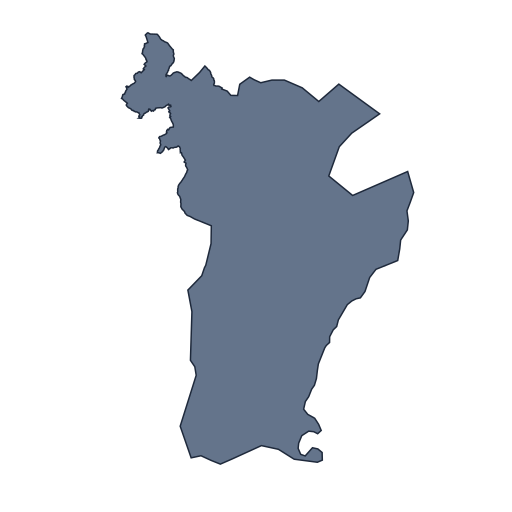 Ona Ara, Oyo, Nigeria (Robinson projection), rotated 6°
{"feature_id": "59680162B85361781814064", "entity_name": "Ona Ara", "entity_type": "district", "adm_level": 2, "iso_a3": "NGA", "parent_name": "Nigeria", "parent_adm1": "Oyo", "projection": "robinson", "projection_center": [3.959, 7.252], "detail": "fine", "context": "isolated", "style": "filled", "palette": "slate", "viewbox_px": 512, "rotation_deg": 6, "n_neighbors": 0, "source": "geoboundaries", "source_scale": "gbopen_adm2", "svg_char_len": 5973}
<svg xmlns="http://www.w3.org/2000/svg" viewBox="0 0 512 512"><g transform="rotate(6 256 256)"><path d="M398.0,156.1L345.8,185.7L320.0,168.8L327.4,138.6L338.4,123.8L364.1,101.7L320.4,76.4L302.3,95.8L284.4,83.9L265.9,78.1L253.4,79.4L242.6,83.2L235.7,80.9L231.0,78.8L221.9,86.9L220.9,98.3L214.2,98.9L210.1,95.0L204.5,93.5L204.8,92.5L201.4,91.0L200.0,91.0L198.2,91.2L197.0,90.7L196.4,90.8L196.0,90.0L196.3,88.9L196.6,88.3L196.4,87.5L196.4,86.6L196.2,86.1L196.1,85.8L195.5,85.3L195.6,85.0L195.4,84.1L194.8,83.4L193.5,82.6L193.2,82.0L193.0,81.0L191.9,79.4L191.8,78.5L191.4,77.7L190.3,76.3L189.8,76.0L189.2,75.9L187.1,73.8L185.3,72.4L180.7,79.4L173.3,88.2L171.7,87.3L170.4,86.7L169.0,85.8L168.1,85.6L167.3,85.7L167.0,85.6L166.2,84.8L165.1,84.4L163.9,83.3L163.5,83.1L163.2,82.6L162.3,82.1L161.8,81.9L161.3,81.8L160.8,81.5L159.9,81.5L159.6,81.2L158.1,81.1L157.4,81.3L156.9,81.7L156.2,81.8L155.9,82.0L154.6,82.7L153.7,84.0L153.2,84.5L152.9,85.0L152.3,85.4L151.9,85.8L151.0,86.0L149.1,85.4L148.5,86.0L148.2,86.5L147.9,86.9L147.7,86.7L147.6,85.8L147.6,84.9L148.9,82.3L149.1,81.1L149.6,80.5L149.5,79.5L149.9,78.6L150.2,76.8L150.4,76.7L150.5,76.2L151.0,75.8L151.3,75.8L151.5,75.5L152.4,73.9L152.8,73.0L153.2,72.9L153.4,72.6L154.0,71.2L153.8,70.5L154.1,70.0L154.1,67.9L153.4,67.0L153.0,66.0L152.8,64.9L153.2,64.1L153.1,63.2L152.8,62.5L152.5,62.1L152.5,61.5L152.2,60.7L152.3,59.8L152.2,59.6L151.2,59.0L148.1,56.0L145.9,53.5L145.1,53.1L142.5,52.4L141.5,51.7L140.0,51.3L139.5,50.8L138.6,50.4L137.2,48.4L135.3,46.4L134.5,45.8L127.6,46.3L125.2,45.3L124.3,45.9L123.7,46.8L123.0,47.4L122.8,47.9L123.7,49.2L125.2,52.6L126.2,55.0L125.4,55.3L125.0,55.8L123.0,56.6L122.9,56.9L123.2,57.4L122.9,58.8L123.3,59.5L122.9,60.2L122.7,61.0L122.0,62.0L122.0,62.6L121.8,63.9L121.9,65.4L121.6,66.0L121.5,66.7L122.2,67.0L125.3,70.3L125.7,71.0L126.1,72.2L126.4,72.1L127.1,73.6L127.3,74.2L125.7,75.6L124.7,77.1L126.0,78.1L126.3,78.1L126.6,78.6L125.8,79.4L125.2,80.1L124.3,81.7L125.4,82.3L122.6,85.8L121.6,85.2L121.2,84.8L120.6,85.1L119.8,85.3L118.8,86.7L118.5,86.7L117.3,87.1L116.8,88.2L115.9,89.2L115.8,89.8L116.1,90.7L116.0,91.3L116.4,92.0L116.4,92.8L116.9,93.6L117.5,93.9L118.0,94.9L118.0,95.2L116.9,96.9L115.0,98.0L114.4,98.7L113.8,98.9L113.0,100.0L111.4,101.5L111.0,100.9L110.4,101.4L109.8,100.5L109.0,101.2L110.3,103.5L109.0,105.9L109.0,106.0L109.1,106.3L109.1,106.7L108.4,107.9L108.4,108.7L107.2,109.1L106.9,109.5L106.7,109.5L106.3,111.9L105.8,113.4L106.8,113.7L108.1,114.9L112.1,117.5L111.3,118.9L111.2,119.5L112.0,120.5L113.6,121.8L116.1,122.7L117.2,123.9L118.0,124.2L118.3,124.0L118.7,124.1L119.2,124.3L119.7,124.9L120.0,124.8L121.2,125.3L121.7,125.1L123.1,125.4L124.4,126.1L124.6,125.9L125.7,127.8L125.1,128.5L124.9,129.2L124.9,129.4L125.4,129.5L125.5,129.7L125.3,130.2L125.4,130.8L125.0,131.1L126.8,131.1L127.2,130.9L127.8,130.9L127.9,130.7L128.0,130.1L127.8,129.6L128.1,129.5L128.7,128.2L129.5,127.6L129.5,126.8L130.0,125.9L131.1,125.4L132.2,124.2L133.0,124.0L133.8,123.3L133.8,122.4L134.0,122.2L134.4,122.0L134.4,121.9L133.9,121.5L134.1,121.0L135.1,121.1L135.6,121.5L136.5,122.7L136.8,122.9L137.0,122.6L137.7,122.2L138.6,122.6L138.9,122.6L139.6,121.3L140.5,121.0L140.5,120.5L140.7,120.3L140.7,119.6L142.4,119.0L145.3,118.5L145.9,118.4L146.5,118.6L147.4,118.5L149.9,117.1L151.1,115.6L152.1,115.1L153.1,114.1L153.4,114.3L153.7,115.2L155.3,114.9L155.8,116.3L155.3,116.6L153.9,116.9L153.1,117.7L153.0,117.9L155.0,120.6L154.2,121.6L154.7,122.3L155.1,122.0L155.4,122.4L156.2,123.2L156.2,123.4L155.9,123.8L155.7,124.5L155.7,125.6L156.0,125.7L156.6,126.2L156.4,126.6L155.7,127.1L156.9,128.5L157.6,130.1L159.6,133.1L160.1,134.3L160.3,136.4L157.3,137.1L156.7,137.8L155.9,139.7L155.6,139.6L155.1,139.2L154.3,140.2L154.1,140.5L154.1,141.6L153.9,142.1L154.5,142.6L154.4,143.1L154.0,143.7L152.2,145.1L151.3,145.4L149.0,147.0L147.7,147.3L147.2,148.2L147.0,148.6L147.3,149.1L147.7,149.2L148.0,149.6L148.3,150.7L148.9,151.2L149.0,151.8L148.9,152.3L148.8,153.3L149.0,154.2L149.5,154.8L149.6,155.2L149.6,155.6L149.0,156.9L149.0,157.2L148.7,158.5L148.0,159.8L147.7,160.9L147.3,161.3L147.1,161.8L147.1,163.6L147.6,163.4L148.7,163.6L149.1,163.6L150.2,163.9L152.2,161.9L152.8,160.6L153.2,160.2L153.3,159.5L153.8,157.5L154.1,157.1L154.7,156.6L155.0,156.7L156.6,157.8L157.9,159.3L158.2,159.1L158.1,158.6L158.6,158.3L159.1,158.3L159.9,157.3L161.5,157.1L162.2,157.3L163.2,156.6L164.9,156.2L165.2,156.2L166.1,155.7L166.9,154.8L167.2,154.7L167.6,155.1L168.4,155.2L169.5,157.1L169.4,158.0L169.7,159.0L169.7,159.7L170.0,160.6L170.0,161.2L170.9,161.0L171.1,161.1L171.8,163.2L172.1,163.7L173.5,165.2L175.2,167.4L175.7,167.9L175.8,168.1L175.7,168.3L175.0,169.3L174.7,170.0L174.9,170.3L176.5,170.8L176.7,171.2L176.5,172.4L176.5,173.2L176.8,174.0L177.6,174.9L177.9,175.5L178.4,176.0L178.7,176.9L179.1,177.4L179.0,177.7L178.5,178.6L178.4,180.0L177.5,181.9L176.6,184.7L175.1,187.4L174.7,188.4L174.2,189.2L173.6,190.4L172.7,191.6L171.6,193.7L171.3,195.1L171.4,195.9L171.4,196.6L171.1,197.4L171.3,199.4L171.5,200.5L171.2,201.3L172.1,203.1L173.8,204.6L175.3,207.6L175.4,210.4L175.9,211.6L176.1,214.9L177.6,217.1L180.3,219.3L180.9,220.7L183.3,222.8L186.4,223.6L191.0,225.6L208.4,230.6L210.0,248.4L207.0,270.5L206.0,272.9L204.1,281.3L191.8,297.0L198.1,318.1L201.7,366.6L206.7,372.5L209.0,380.9L198.4,433.2L212.6,463.5L222.2,460.4L232.8,464.0L242.3,466.7L253.4,460.4L281.2,444.0L298.5,445.9L315.2,454.1L338.6,454.7L343.3,452.1L342.3,444.5L337.7,441.4L332.2,440.8L325.8,449.7L321.2,448.6L318.0,442.9L318.0,437.7L320.3,429.9L326.7,424.7L331.8,424.7L335.9,426.3L339.1,422.7L335.9,416.9L331.3,411.2L324.0,408.1L319.4,403.4L320.3,395.6L323.1,390.4L325.3,382.6L327.6,378.5L328.9,371.6L329.0,363.4L329.3,356.8L334.0,340.1L335.3,337.6L338.2,334.3L337.7,328.6L340.5,321.4L343.6,317.7L344.6,310.9L351.9,294.8L356.0,290.7L360.0,288.1L364.2,286.7L368.1,279.9L371.3,265.5L376.7,256.7L397.4,245.7L398.2,234.0L398.2,225.0L403.8,214.2L403.8,205.2L401.4,195.3L403.8,186.3L406.2,176.4L398.0,156.1Z" fill="#64748b" stroke="#1e293b" stroke-width="1.5"/></g></svg>